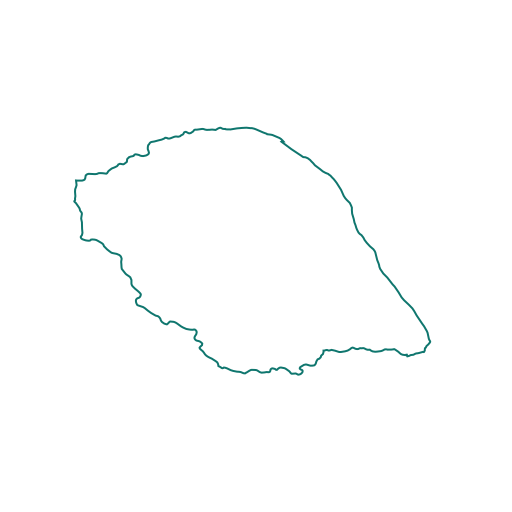 the district of Santana, Boyacá, Colombia, rotated 299°
{"feature_id": "7082276B99555261939009", "entity_name": "Santana", "entity_type": "district", "adm_level": 2, "iso_a3": "COL", "parent_name": "Colombia", "parent_adm1": "Boyacá", "projection": "equal_earth", "projection_center": [-73.497, 6.055], "detail": "fine", "context": "isolated", "style": "outline", "palette": "teal", "viewbox_px": 512, "rotation_deg": 299, "n_neighbors": 0, "source": "geoboundaries", "source_scale": "gbopen_adm2", "svg_char_len": 6099}
<svg xmlns="http://www.w3.org/2000/svg" viewBox="0 0 512 512"><g transform="rotate(299 256 256)"><path d="M352.2,167.4L351.7,166.7L351.1,165.2L351.0,162.9L350.4,162.0L349.3,161.1L346.7,159.6L345.3,156.3L343.8,154.1L342.4,151.7L341.9,150.2L341.6,148.6L341.1,147.4L337.8,143.0L337.0,141.5L336.3,140.9L334.4,140.6L331.9,139.3L331.0,138.3L330.7,137.4L330.7,136.1L330.6,134.5L330.1,133.8L329.2,133.2L327.7,133.3L326.8,133.1L325.1,131.9L324.2,131.7L323.3,130.9L322.5,130.0L322.1,128.8L321.4,127.6L320.6,126.7L317.7,124.3L316.8,123.4L316.1,122.2L316.0,120.7L315.4,119.3L314.0,118.6L312.0,117.0L310.0,114.8L307.0,111.7L304.9,109.1L303.9,108.5L302.8,108.3L301.8,108.3L300.8,108.0L299.8,108.2L297.9,109.0L296.7,109.8L295.8,111.0L294.3,112.4L292.9,112.5L291.6,111.8L290.6,111.1L288.7,108.9L288.1,107.6L287.7,106.3L287.6,104.6L287.0,102.5L286.5,101.3L285.7,100.6L284.2,100.4L283.3,99.5L282.3,98.3L280.8,97.0L280.2,97.0L279.2,96.5L278.2,96.4L275.8,97.4L274.5,96.9L272.5,96.0L271.8,95.4L270.7,92.3L269.3,91.2L268.5,91.2L267.2,90.9L265.0,89.4L262.7,87.5L261.0,86.7L258.8,85.8L256.2,85.6L255.4,85.1L254.1,81.8L252.9,79.4L252.1,78.2L250.7,77.1L249.6,75.6L246.8,69.9L246.1,69.1L245.3,68.5L243.9,68.0L241.0,69.0L239.6,69.0L238.7,68.4L237.7,67.4L235.4,63.3L234.8,62.0L231.0,64.7L229.3,65.1L226.7,65.5L224.4,66.6L220.8,69.0L218.4,69.9L217.5,70.5L216.8,70.7L216.1,70.5L215.7,70.6L215.4,71.1L215.0,72.8L212.7,77.5L212.0,78.7L210.5,80.1L210.0,81.0L209.5,82.3L209.0,82.9L208.2,83.4L205.6,84.3L203.9,85.0L201.1,87.4L195.5,90.7L192.1,93.0L190.1,93.6L189.4,93.6L188.3,93.4L187.6,93.5L186.7,94.6L186.5,95.8L186.7,97.3L187.1,99.4L187.6,100.8L188.4,102.6L189.3,103.5L190.4,103.8L191.2,105.0L192.0,106.7L192.5,108.3L192.6,109.8L192.5,114.6L192.3,116.1L191.9,117.0L190.8,118.4L190.5,119.5L189.6,122.5L189.1,125.5L188.8,128.0L189.2,129.7L190.3,133.1L190.6,136.0L190.2,137.7L189.6,138.6L188.6,139.7L187.3,140.3L186.2,140.6L184.9,141.3L183.6,142.2L181.0,143.8L179.6,144.9L177.3,150.4L177.0,151.6L176.7,154.9L176.4,156.4L174.6,158.7L171.2,160.6L170.3,161.6L169.7,162.7L168.8,165.9L168.1,169.6L167.7,171.3L167.2,172.9L166.7,173.8L165.4,174.3L163.8,174.3L162.6,173.8L161.6,172.8L160.6,172.4L159.7,172.3L158.5,172.7L157.1,173.8L155.7,175.6L155.6,176.7L156.6,182.0L156.5,184.0L155.8,187.8L155.3,191.9L155.2,197.1L155.8,199.4L155.7,200.4L155.3,201.7L154.7,202.8L153.9,203.6L153.1,204.8L152.7,205.8L152.4,208.5L152.7,210.1L153.0,211.2L153.9,211.6L156.5,212.3L157.1,212.7L158.5,215.9L158.7,217.0L158.8,218.1L158.7,219.8L158.1,224.7L158.1,227.1L158.4,230.4L159.2,232.8L159.8,234.4L160.9,236.6L161.6,237.3L162.0,238.1L161.9,239.2L161.3,240.5L160.3,241.2L158.4,241.7L156.8,241.5L155.1,241.6L154.1,242.2L153.6,242.9L153.2,244.2L153.3,245.5L153.7,246.7L154.0,248.2L153.8,250.1L153.4,251.4L151.9,252.0L149.8,251.3L148.5,251.1L147.8,251.7L147.4,253.1L146.9,255.6L146.2,257.3L145.3,259.0L144.8,260.7L144.6,262.4L144.6,264.6L144.8,267.1L144.5,271.7L144.2,273.7L143.2,275.1L142.3,275.9L141.5,276.5L141.6,278.7L141.4,280.4L141.6,281.1L142.1,281.6L142.8,281.9L143.1,282.5L143.4,283.5L143.7,285.3L143.9,289.2L144.4,291.7L145.6,295.4L146.6,297.5L147.1,299.0L147.4,301.8L147.8,302.9L148.3,303.6L149.0,303.8L149.8,304.4L152.2,305.7L153.6,306.6L154.1,307.1L154.6,307.9L156.1,310.9L156.4,311.8L156.5,312.7L156.3,315.5L156.5,316.7L156.7,317.5L158.1,319.6L159.6,321.5L160.6,323.6L161.4,324.2L161.9,324.2L162.4,324.2L163.6,323.8L164.1,323.8L165.1,324.2L165.8,325.0L166.2,326.5L166.4,327.3L166.2,328.8L166.6,329.5L168.0,329.9L169.6,330.7L170.1,331.2L170.6,332.0L171.6,335.0L171.8,336.1L171.7,337.6L171.3,341.1L170.4,343.3L170.3,344.0L170.4,344.4L171.2,345.7L172.4,347.5L172.6,348.3L172.6,349.9L172.7,350.5L173.7,351.7L174.7,352.4L176.3,352.9L177.1,352.9L177.9,352.6L178.3,352.3L178.5,351.9L178.6,351.2L178.4,350.0L178.7,348.9L179.3,348.6L180.3,348.6L184.0,350.7L185.3,352.2L185.6,353.0L186.4,356.6L187.4,358.4L188.3,359.6L188.8,360.1L190.1,360.4L191.0,360.4L193.1,359.9L195.5,360.0L196.0,360.4L196.9,361.2L197.3,361.2L198.7,361.7L200.5,361.3L202.7,362.1L204.8,361.6L206.0,360.9L206.4,361.6L207.7,362.9L208.2,363.6L208.4,364.3L208.4,365.0L208.7,365.7L209.3,366.4L210.5,367.6L211.5,371.0L212.2,374.6L212.4,375.3L213.2,376.8L215.1,379.2L215.7,380.0L217.7,382.0L220.0,383.4L221.6,384.0L222.6,384.7L223.0,385.9L223.0,387.2L223.2,388.5L223.6,389.5L224.2,390.5L225.5,391.4L226.0,392.0L226.3,392.8L227.3,394.3L227.6,394.9L227.7,395.5L227.8,397.8L228.2,399.3L229.2,400.9L229.0,402.5L229.1,404.2L230.0,406.6L230.9,408.0L233.4,411.4L234.6,412.5L236.3,413.6L236.9,414.1L237.7,415.6L237.9,416.5L239.8,419.8L241.1,421.6L241.5,421.9L241.6,423.0L241.3,426.4L241.1,427.6L240.9,428.2L240.6,429.7L240.5,430.4L240.6,431.2L240.7,432.0L241.6,434.4L241.7,434.7L242.5,435.2L242.8,435.8L242.1,436.2L241.6,437.0L242.8,438.3L244.3,439.3L246.0,441.6L247.9,442.8L248.8,443.8L249.1,444.3L250.1,445.5L253.1,448.5L253.3,449.3L253.7,449.5L255.3,449.4L256.4,448.8L257.3,448.5L258.2,448.9L259.5,448.8L259.9,448.8L262.6,449.7L263.2,449.7L264.3,450.0L265.2,450.0L265.8,449.7L266.6,448.3L267.4,447.3L272.0,443.3L273.1,441.9L276.0,437.1L277.4,434.1L281.9,425.3L284.5,421.1L286.0,418.2L287.5,413.2L289.1,406.9L290.4,403.4L293.3,398.4L296.5,392.0L297.4,389.2L300.8,381.3L302.4,375.8L304.9,370.9L306.4,369.1L307.8,368.0L309.0,366.7L311.2,364.0L317.0,358.6L317.8,357.5L318.8,355.4L319.7,351.0L321.2,346.5L322.6,343.3L324.2,340.9L325.4,338.1L325.6,336.1L326.2,334.3L328.0,331.6L329.3,330.0L331.1,328.2L333.0,325.9L335.7,323.6L339.6,319.6L342.6,317.6L344.8,316.4L346.3,314.6L347.9,312.3L349.0,308.3L349.8,306.1L351.1,303.6L355.1,298.3L359.0,291.2L360.2,288.5L361.0,286.5L361.5,284.7L362.4,282.1L362.5,280.5L362.8,279.6L362.4,276.4L362.4,273.3L363.0,270.1L363.9,263.6L364.9,261.0L365.6,258.5L366.2,256.8L366.6,253.9L366.3,251.3L365.6,249.9L365.4,249.1L365.7,246.5L365.8,245.1L366.6,235.1L368.3,222.8L368.7,223.0L369.5,224.4L369.9,223.2L370.4,221.4L370.6,219.4L369.8,211.7L369.3,210.1L367.9,206.7L368.1,206.2L367.5,202.3L366.8,194.9L366.5,192.8L365.9,190.6L365.1,189.1L363.6,185.5L361.3,181.8L358.4,177.5L354.3,172.3L352.3,168.5L352.2,168.1L352.2,167.4Z" fill="none" stroke="#0f766e" stroke-width="2"/></g></svg>